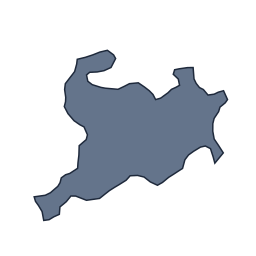 Neo Chorio Lefkosias, Cyprus (Equal Earth projection), rotated 262°
{"feature_id": "46923920B66080060660819", "entity_name": "Neo Chorio Lefkosias", "entity_type": "district", "adm_level": 2, "iso_a3": "CYP", "parent_name": "Cyprus", "parent_adm1": "", "projection": "equal_earth", "projection_center": [33.459, 35.22], "detail": "fine", "context": "isolated", "style": "filled", "palette": "slate", "viewbox_px": 256, "rotation_deg": 262, "n_neighbors": 0, "source": "geoboundaries", "source_scale": "gbopen_adm2", "svg_char_len": 1522}
<svg xmlns="http://www.w3.org/2000/svg" viewBox="0 0 256 256"><g transform="rotate(262 128 128)"><path d="M81.1,209.1L90.1,218.9L97.9,215.3L105.1,211.8L113.0,211.5L120.5,212.6L125.5,214.6L131.6,220.0L135.9,222.0L139.4,227.8L142.3,230.5L151.6,227.8L150.9,222.4L149.5,218.1L149.5,211.8L155.6,208.0L158.1,204.4L162.7,201.7L167.4,200.2L178.8,200.9L179.5,195.5L179.5,186.9L179.2,182.3L174.9,180.3L169.5,184.6L163.1,185.0L161.6,181.1L160.2,176.4L157.3,172.5L153.0,164.4L152.3,159.3L157.7,157.4L162.0,154.2L166.3,150.0L171.3,144.5L171.7,135.6L169.9,130.5L167.7,123.5L170.6,111.0L172.0,106.8L175.9,98.6L179.9,94.7L186.3,94.3L188.5,97.8L187.8,105.2L188.1,112.2L190.3,119.6L198.5,125.4L202.4,123.9L204.7,121.6L207.8,118.4L207.1,110.7L205.3,103.3L203.9,95.5L203.1,87.3L198.5,86.1L191.3,83.0L189.0,80.7L186.0,77.6L180.6,72.1L174.9,70.6L167.0,70.6L162.7,69.8L158.1,67.9L150.5,70.6L142.7,75.6L138.0,80.7L135.2,84.6L126.9,86.9L122.3,85.0L117.3,77.2L108.0,75.6L100.8,73.7L95.1,72.5L91.1,64.0L90.4,59.7L87.9,55.0L83.3,53.1L80.0,50.4L77.5,46.5L74.7,42.2L72.9,36.7L72.9,30.9L72.9,25.5L68.2,26.2L63.6,28.6L57.2,31.3L48.2,31.7L48.2,37.1L50.4,42.2L52.1,48.0L59.3,49.6L63.6,56.6L68.6,62.0L67.9,66.7L62.2,76.8L62.2,83.0L62.2,90.0L65.7,95.9L68.6,100.9L71.1,106.4L73.2,111.4L76.5,118.8L80.4,123.5L79.7,130.9L77.2,137.1L71.5,142.6L67.2,149.2L69.3,154.6L73.6,161.6L75.7,166.3L78.6,172.5L80.4,176.4L88.6,179.9L92.9,184.2L95.8,189.7L99.0,197.1L99.4,202.1L96.1,206.8L87.6,208.3L81.1,209.1Z" fill="#64748b" stroke="#1e293b" stroke-width="1.5"/></g></svg>